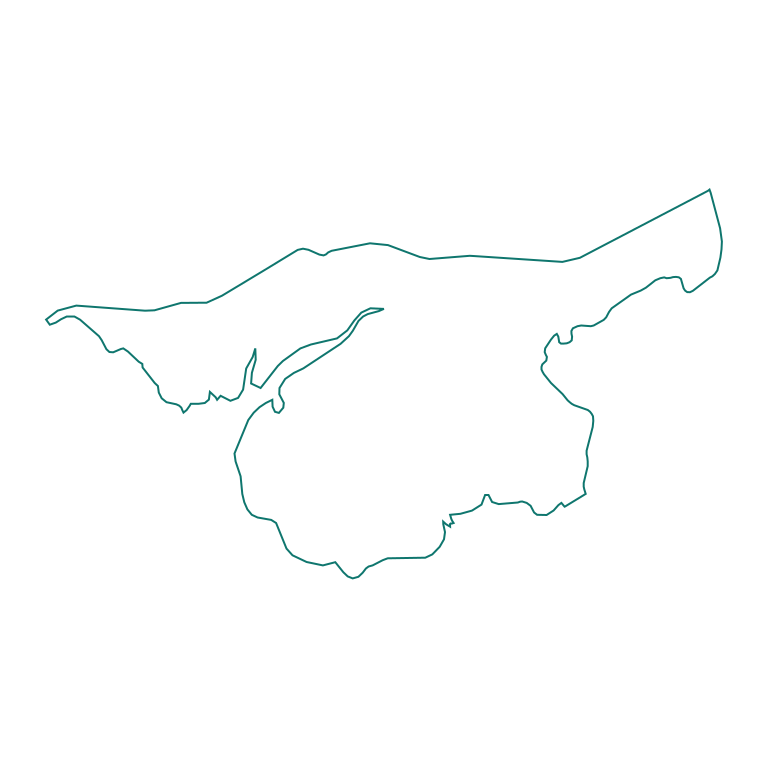 outline of Cacheu
{"feature_id": "GNB-771", "entity_name": "Cacheu", "entity_type": "Region", "adm_level": 1, "iso_a3": "GNB", "parent_name": "Guinea-Bissau", "parent_adm1": "", "projection": "robinson", "projection_center": [-16.012, 12.221], "detail": "fine", "context": "isolated", "style": "outline", "palette": "teal", "viewbox_px": 768, "rotation_deg": 0, "n_neighbors": 0, "source": "natural_earth", "source_scale": "10m", "svg_char_len": 3105}
<svg xmlns="http://www.w3.org/2000/svg" viewBox="0 0 768 768"><path d="M562.4,261.9L579.9,257.8L708.0,190.8L709.5,189.6L710.7,192.9L720.1,228.3L721.9,241.5L721.5,249.4L720.4,257.6L717.4,270.4L714.9,274.0L712.4,276.3L709.9,277.6L692.9,290.8L690.0,292.2L687.2,292.1L685.1,290.6L683.6,288.3L680.9,278.9L678.8,277.3L676.0,276.9L673.0,277.1L670.6,277.8L669.0,278.0L666.6,278.2L664.2,277.4L660.3,278.2L655.3,280.3L645.9,287.7L640.7,290.6L631.0,294.6L611.7,308.3L609.0,312.0L606.2,317.3L603.7,319.9L593.7,325.5L590.8,326.2L581.2,325.5L577.5,326.2L572.9,328.3L571.4,331.0L571.5,333.8L572.1,336.7L571.7,340.4L569.6,342.2L566.8,343.3L563.5,343.6L561.0,343.6L559.2,342.2L558.3,336.6L556.8,333.9L554.1,335.7L550.9,339.7L545.2,348.3L544.7,352.1L545.8,354.8L546.9,356.9L546.3,360.6L542.3,364.4L541.5,366.9L541.5,369.5L542.6,371.9L544.0,374.3L551.0,383.0L562.6,394.1L567.6,400.3L569.6,402.1L571.7,403.8L574.2,405.2L587.8,410.0L590.0,411.7L591.7,413.9L593.0,416.3L593.3,420.9L592.7,427.0L586.6,450.7L586.6,454.2L587.3,457.4L587.7,461.4L587.7,466.2L583.7,483.0L583.7,486.7L584.3,489.4L585.7,493.9L565.4,506.3L564.8,506.8L565.1,507.3L561.4,502.9L558.4,505.1L553.6,510.5L546.6,515.0L537.1,514.8L534.1,512.5L530.6,505.8L526.7,502.9L522.2,501.5L520.1,501.7L517.9,502.5L498.7,504.1L492.1,502.0L488.5,495.0L485.1,495.0L481.5,504.6L472.0,510.6L460.4,513.8L450.1,514.8L451.3,518.9L452.1,520.7L453.6,523.0L451.8,523.6L450.6,523.5L450.0,524.1L450.1,526.7L446.0,524.2L443.2,521.6L443.3,524.3L445.0,532.1L444.0,539.3L439.7,546.8L432.3,554.4L425.3,557.7L387.7,558.3L382.7,560.2L372.6,565.4L368.6,566.5L365.9,568.5L362.7,572.7L358.4,576.8L352.7,578.4L347.7,576.4L343.3,572.2L335.3,562.2L322.9,565.4L306.6,562.0L292.5,555.3L286.5,548.6L276.1,523.0L271.2,519.9L257.6,517.5L251.8,514.8L247.4,509.4L244.3,502.3L242.3,494.0L240.6,476.3L235.6,461.5L234.5,453.5L248.3,420.0L253.7,412.7L259.5,407.2L265.8,403.0L272.3,399.8L272.6,406.7L275.0,411.8L278.9,412.9L283.3,407.7L283.8,402.9L279.3,394.3L279.5,388.0L285.2,378.9L293.9,372.9L303.3,368.4L340.6,343.8L348.9,336.2L352.8,330.8L358.5,320.9L363.1,316.5L367.7,314.1L378.8,311.1L383.9,308.9L370.4,308.3L361.3,312.6L354.4,320.4L347.3,330.4L337.0,338.4L310.9,344.5L300.4,348.4L282.9,361.0L277.8,366.0L260.6,388.0L251.1,383.5L251.9,372.8L255.7,359.8L255.3,348.4L252.7,357.0L246.2,368.5L243.1,389.6L238.1,397.9L230.4,400.8L220.6,395.8L217.1,399.8L215.7,397.3L209.9,391.9L208.9,399.6L204.8,403.0L198.5,403.8L190.8,403.8L189.6,405.9L186.6,410.1L183.5,412.6L182.2,409.9L181.3,407.6L179.1,405.6L176.3,404.3L166.5,402.2L161.7,398.3L158.8,392.6L157.9,386.0L154.7,383.0L142.6,367.5L142.3,363.9L138.7,361.7L128.0,351.6L123.3,348.4L120.9,349.0L113.2,352.3L109.4,352.0L106.4,349.2L101.7,340.2L99.0,336.2L80.1,319.7L74.4,316.5L66.8,316.5L61.1,319.2L55.8,322.6L49.8,324.7L46.1,319.6L57.7,310.6L76.3,305.6L145.1,310.7L154.5,310.3L181.0,302.9L206.6,302.7L222.0,295.7L262.7,271.2L297.7,249.9L303.0,248.7L308.5,249.8L319.4,254.6L323.6,255.4L326.0,254.4L328.2,252.4L331.6,250.8L370.0,243.3L388.0,245.1L419.8,257.0L429.5,259.0L469.8,255.8L474.8,256.1L562.4,261.9Z" fill="none" stroke="#0f766e" stroke-width="2"/></svg>